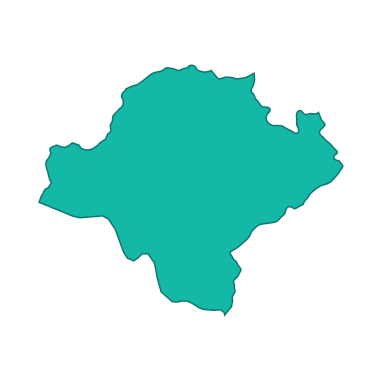 the District of Toplicki, rotated 352°
{"feature_id": "SRB-835", "entity_name": "Toplicki", "entity_type": "District", "adm_level": 1, "iso_a3": "SRB", "parent_name": "Republic of Serbia", "parent_adm1": "", "projection": "mercator", "projection_center": [21.443, 43.114], "detail": "fine", "context": "isolated", "style": "filled", "palette": "teal", "viewbox_px": 384, "rotation_deg": 352, "n_neighbors": 0, "source": "natural_earth", "source_scale": "10m", "svg_char_len": 5459}
<svg xmlns="http://www.w3.org/2000/svg" viewBox="0 0 384 384"><g transform="rotate(352 192 192)"><path d="M66.6,196.9L39.1,180.9L40.0,179.4L41.8,175.7L43.8,173.4L45.3,170.8L45.9,169.9L47.0,169.0L49.5,168.0L50.1,167.7L50.9,167.1L53.5,163.9L53.7,163.4L53.8,162.6L53.6,162.0L53.0,160.5L52.7,159.3L52.5,158.0L52.1,152.5L51.3,148.5L51.1,146.0L51.3,143.6L51.5,142.4L52.2,141.0L55.3,137.7L57.2,134.9L57.6,133.9L57.6,133.0L57.2,131.4L57.1,130.2L57.4,129.4L58.0,128.7L59.2,128.1L62.0,127.4L63.5,126.9L64.5,126.8L65.0,127.0L67.7,128.5L69.2,129.2L71.7,130.1L72.8,130.1L74.4,129.7L77.0,128.7L79.6,127.1L80.2,126.9L81.0,126.9L81.6,127.1L83.6,128.4L85.7,129.3L86.2,129.6L86.6,130.1L87.0,130.6L87.8,132.7L88.4,133.3L89.0,133.7L91.3,135.0L92.1,135.4L93.4,135.7L96.0,135.9L97.3,135.8L98.6,135.6L101.0,134.7L103.3,133.6L104.8,132.8L106.8,131.2L108.4,130.2L110.4,129.2L113.0,128.0L113.4,127.7L114.2,126.9L114.9,125.9L115.8,124.0L116.4,123.1L117.2,122.5L118.8,121.6L119.5,121.1L119.9,120.4L120.1,119.5L120.2,118.5L120.2,115.8L120.3,115.1L120.5,114.4L120.8,113.8L122.6,111.4L123.0,110.6L123.3,109.6L124.0,106.6L124.4,105.9L124.8,105.3L125.9,104.2L129.1,101.9L131.4,99.8L133.7,98.4L134.5,97.9L135.1,97.2L135.6,96.4L136.0,95.5L136.3,94.5L136.7,92.2L136.6,91.3L135.7,88.7L135.6,87.8L135.7,87.0L135.9,86.2L136.5,85.1L137.2,84.2L138.2,83.4L139.6,82.5L140.4,81.8L140.8,81.2L140.9,80.8L143.8,79.9L148.5,78.6L152.1,78.3L153.5,77.8L159.8,74.5L166.7,70.3L168.0,69.6L169.6,69.0L171.5,68.5L176.6,68.2L177.8,68.1L179.0,67.8L180.3,67.2L182.4,66.0L183.0,65.7L183.9,65.6L184.8,65.6L185.5,65.7L189.9,67.1L191.6,67.8L194.1,69.2L195.5,69.8L196.3,69.8L197.2,69.6L199.1,69.0L201.2,68.6L204.0,68.4L205.7,68.3L205.6,67.9L205.8,67.3L206.5,66.7L207.5,66.5L208.6,66.4L209.7,66.5L210.5,66.8L211.3,67.1L212.1,67.8L212.8,68.7L214.0,71.4L214.4,71.9L214.7,72.3L215.8,73.0L217.8,73.9L220.3,74.8L221.3,75.0L222.4,75.1L224.7,75.0L225.8,74.9L227.8,74.3L231.2,79.6L233.1,82.7L233.9,83.4L234.8,83.8L235.9,83.9L239.3,83.1L241.5,83.0L242.6,83.1L243.6,83.3L247.1,84.2L248.1,84.5L250.8,85.8L252.0,86.1L254.4,86.3L258.2,86.3L260.7,86.1L262.0,85.9L264.3,85.2L270.0,83.0L269.6,89.3L269.4,90.4L268.5,92.7L267.4,95.0L266.5,96.4L265.2,98.1L264.8,98.8L264.7,99.5L264.7,100.5L264.8,101.2L265.2,101.9L266.5,103.6L266.8,104.3L267.3,105.9L267.7,108.1L268.0,108.9L268.5,109.6L269.9,111.4L270.6,112.8L271.4,114.7L271.7,115.3L272.6,116.5L273.1,117.0L273.8,117.4L274.6,117.7L277.7,118.4L278.7,118.7L279.3,119.0L279.8,119.4L280.5,120.2L280.9,121.0L280.9,121.6L280.6,122.3L279.8,123.3L277.7,125.1L277.0,125.9L276.2,127.4L275.9,128.1L275.7,129.1L275.6,130.1L275.8,131.1L276.3,132.4L277.1,134.1L277.6,134.8L278.3,135.4L279.9,136.6L280.9,137.1L281.9,137.6L283.2,137.9L283.9,137.9L284.3,137.8L288.6,138.6L289.8,139.0L290.7,139.3L291.9,140.2L293.2,141.4L294.3,142.4L297.6,144.4L301.2,147.4L302.0,147.9L302.7,148.4L303.7,148.5L304.2,148.4L305.0,147.9L305.6,147.5L306.0,147.0L306.3,146.4L306.4,145.7L306.4,145.1L306.0,143.5L305.4,141.1L305.2,140.1L305.2,139.1L305.3,138.0L305.8,135.4L306.0,131.6L306.2,130.4L306.5,129.2L306.8,128.6L307.8,127.1L308.6,126.6L309.2,126.4L309.9,126.4L310.9,126.7L311.7,127.3L312.4,128.2L313.4,129.7L313.9,130.3L314.5,130.7L315.7,131.2L316.6,131.3L318.7,130.9L319.7,130.8L320.7,130.9L324.0,131.7L324.8,131.8L325.6,131.8L326.4,131.7L327.3,131.4L328.3,130.8L329.9,137.4L330.3,138.7L330.9,139.8L332.6,142.2L332.9,143.1L332.9,143.9L332.6,144.4L332.0,145.2L331.2,145.9L328.6,147.8L327.4,148.8L327.0,149.5L326.7,150.2L326.6,151.1L326.6,152.0L326.9,152.9L327.3,153.8L329.3,155.7L330.7,158.0L331.5,159.1L335.3,163.3L336.1,164.4L338.8,168.6L341.1,171.5L341.3,172.0L341.4,172.6L341.3,173.2L340.8,173.9L340.3,174.4L338.3,175.5L337.8,175.9L337.3,176.6L337.2,177.5L337.3,178.4L337.8,179.4L338.7,180.2L339.5,180.7L340.4,181.1L341.3,181.4L341.7,181.3L343.6,184.3L344.6,186.1L344.8,187.0L344.9,187.5L344.5,188.4L342.3,190.7L340.1,193.3L337.8,195.6L331.3,200.9L330.2,201.6L326.4,202.8L325.3,203.0L321.8,203.4L320.1,203.9L317.7,204.9L313.9,206.8L309.9,209.4L308.9,210.1L307.6,211.5L305.5,214.0L303.4,215.7L301.9,217.2L300.8,218.8L300.3,219.8L297.1,220.8L294.4,221.9L293.0,222.5L292.4,222.7L291.8,222.8L291.4,222.8L290.8,222.6L288.6,220.9L287.1,220.2L286.5,220.1L285.6,220.1L285.0,220.3L283.8,221.0L283.2,221.5L282.8,222.1L282.4,222.8L281.4,225.4L281.0,226.0L280.4,226.6L279.2,227.6L276.3,229.6L273.3,232.1L272.3,232.7L271.5,233.0L270.7,233.2L269.4,233.4L268.0,233.5L256.7,233.5L255.3,233.6L254.0,233.9L252.6,234.4L251.1,235.2L250.2,235.8L246.7,238.4L245.9,239.2L245.2,240.1L243.3,243.0L242.5,244.1L240.6,245.9L238.8,247.3L229.9,253.0L226.9,254.4L222.5,256.2L221.9,256.6L221.5,257.0L221.4,257.6L221.4,258.3L221.7,259.3L222.7,261.6L223.8,264.4L224.4,265.2L226.0,266.9L226.3,267.5L227.0,270.0L227.4,270.9L229.1,273.8L229.5,274.7L229.6,275.6L229.4,276.5L229.1,277.0L227.4,279.2L226.8,280.0L225.9,281.6L225.5,282.1L224.9,282.6L223.4,283.5L222.3,284.3L221.3,285.3L220.7,286.1L220.6,286.7L220.5,287.3L220.9,289.2L221.0,290.1L220.6,292.9L220.6,293.8L220.9,295.6L220.7,296.5L220.2,297.6L217.8,300.6L217.3,301.7L217.1,302.6L217.1,305.0L216.9,306.0L215.4,310.2L215.3,310.9L207.2,318.4L207.2,316.0L203.9,312.5L197.1,312.2L186.3,309.6L182.8,307.5L176.2,301.9L172.6,299.6L168.7,298.7L160.8,298.8L157.1,297.7L147.5,286.5L145.6,271.8L145.1,257.5L139.9,247.1L134.2,246.2L129.6,249.6L124.8,252.1L118.9,248.6L116.0,242.5L110.8,218.2L105.6,207.4L100.2,203.2L77.5,201.9L70.5,199.3L66.6,196.9Z" fill="#14b8a6" stroke="#0f766e" stroke-width="1.5"/></g></svg>